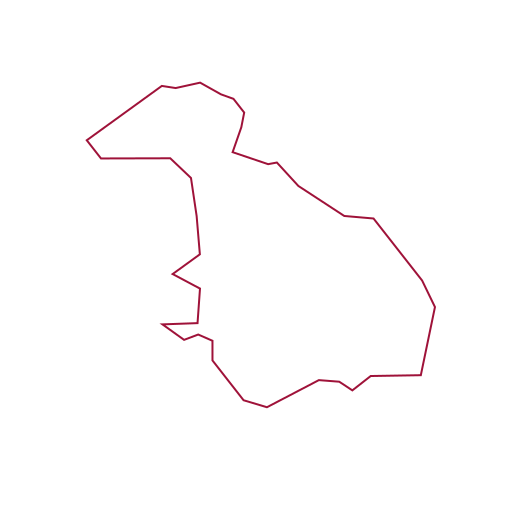 Durrës, Durrës, Albania, rotated 322°
{"feature_id": "67620474B45959085094100", "entity_name": "Durrës", "entity_type": "district", "adm_level": 2, "iso_a3": "ALB", "parent_name": "Albania", "parent_adm1": "Durrës", "projection": "robinson", "projection_center": [19.515, 41.413], "detail": "fine", "context": "isolated", "style": "outline", "palette": "rose", "viewbox_px": 512, "rotation_deg": 322, "n_neighbors": 0, "source": "geoboundaries", "source_scale": "gbopen_adm2", "svg_char_len": 604}
<svg xmlns="http://www.w3.org/2000/svg" viewBox="0 0 512 512"><g transform="rotate(322 256 256)"><path d="M286.5,64.0L193.9,60.6L193.9,83.7L248.6,126.2L252.8,154.5L233.8,188.0L212.8,220.1L179.2,218.9L191.8,247.2L168.6,272.9L140.2,252.3L147.7,277.8L162.1,282.3L169.5,296.0L157.4,311.5L157.4,362.0L171.5,381.9L229.1,392.5L244.2,406.3L249.2,421.2L272.5,421.2L312.5,451.4L365.6,406.4L371.8,377.6L371.7,298.8L350.2,278.8L332.5,226.9L330.0,195.2L322.1,191.1L301.5,159.8L323.7,145.5L335.0,135.7L335.0,118.3L327.9,107.0L318.7,85.0L296.1,74.2L286.5,64.0Z" fill="none" stroke="#9f1239" stroke-width="2"/></g></svg>